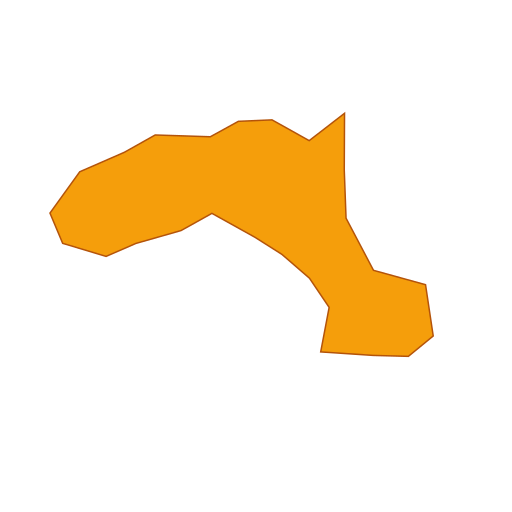 Episkopeio, Nicosia, Cyprus (Equal Earth projection), rotated 56°
{"feature_id": "46923920B68080164280188", "entity_name": "Episkopeio", "entity_type": "district", "adm_level": 2, "iso_a3": "CYP", "parent_name": "Cyprus", "parent_adm1": "Nicosia", "projection": "equal_earth", "projection_center": [33.228, 35.035], "detail": "fine", "context": "isolated", "style": "filled", "palette": "amber", "viewbox_px": 512, "rotation_deg": 56, "n_neighbors": 0, "source": "geoboundaries", "source_scale": "gbopen_adm2", "svg_char_len": 491}
<svg xmlns="http://www.w3.org/2000/svg" viewBox="0 0 512 512"><g transform="rotate(56 256 256)"><path d="M421.4,153.8L374.6,131.5L333.6,166.6L275.0,160.2L234.0,134.7L187.2,102.8L190.1,147.4L152.1,166.6L134.5,195.3L131.6,227.2L99.3,271.9L96.4,307.1L87.6,355.0L105.2,402.8L137.4,409.2L172.5,380.5L178.4,348.6L193.0,303.9L196.0,268.7L239.9,246.4L269.2,233.6L304.3,224.1L339.5,224.1L371.7,256.0L403.9,214.5L424.4,185.8L421.4,153.8Z" fill="#f59e0b" stroke="#b45309" stroke-width="1.5"/></g></svg>